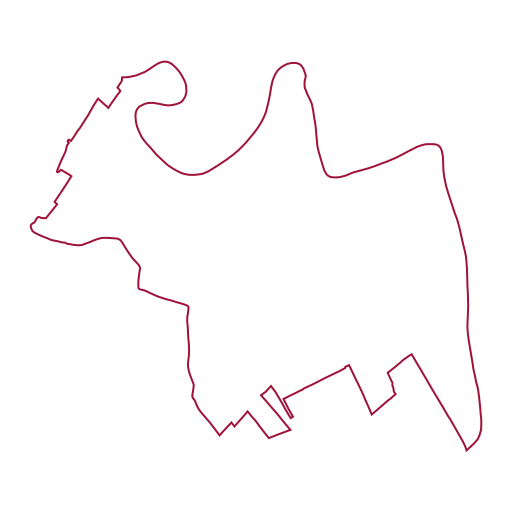 outline of Yen Khanh, Ninh Bình, Vietnam
{"feature_id": "81297802B59755992581592", "entity_name": "Yen Khanh", "entity_type": "district", "adm_level": 2, "iso_a3": "VNM", "parent_name": "Vietnam", "parent_adm1": "Ninh Bình", "projection": "natural_earth1", "projection_center": [106.072, 20.189], "detail": "fine", "context": "isolated", "style": "outline", "palette": "rose", "viewbox_px": 512, "rotation_deg": 0, "n_neighbors": 0, "source": "geoboundaries", "source_scale": "gbopen_adm2", "svg_char_len": 5978}
<svg xmlns="http://www.w3.org/2000/svg" viewBox="0 0 512 512"><path d="M33.7,232.1L36.4,233.6L39.8,235.2L42.5,236.4L45.4,237.5L47.7,238.4L50.8,239.8L53.4,240.5L55.4,240.8L58.2,241.4L62.0,242.4L64.8,242.6L67.0,243.7L70.8,244.3L72.4,244.7L77.1,245.2L78.4,245.3L81.3,245.1L82.6,244.8L84.5,244.0L89.6,242.2L93.7,240.4L96.5,239.4L98.7,238.7L101.4,238.0L103.2,237.9L107.1,237.8L112.3,238.2L116.6,238.5L117.7,238.7L118.7,239.2L119.8,239.7L120.4,240.2L121.5,241.5L123.3,244.2L125.4,247.8L128.1,251.9L131.5,256.9L134.0,259.9L138.3,264.5L138.9,265.1L139.4,266.0L139.6,266.6L139.9,267.6L140.0,268.3L139.9,269.3L139.3,273.0L138.6,278.8L138.3,283.4L138.3,285.1L138.4,287.6L138.6,288.2L139.0,288.8L139.5,289.2L139.8,289.3L142.3,289.9L143.7,290.2L145.0,290.6L147.3,291.6L150.4,293.2L155.4,295.4L158.2,296.6L161.5,297.7L163.7,298.4L166.6,299.3L170.3,300.2L174.1,301.4L184.5,304.5L186.0,305.1L187.2,305.7L187.9,306.1L188.2,306.5L188.4,307.0L188.4,307.5L188.5,308.4L188.1,311.8L187.5,315.8L187.3,316.5L187.3,317.3L187.2,320.2L187.3,322.9L187.8,327.6L188.0,333.3L188.4,339.2L188.9,344.6L189.0,346.6L189.1,351.5L189.0,353.0L188.9,355.3L188.0,363.2L188.0,364.3L188.0,365.2L188.2,367.8L189.0,371.7L189.5,373.2L190.0,374.8L192.8,382.2L193.5,383.8L193.6,384.4L193.7,385.0L193.7,385.7L193.4,388.5L192.3,395.5L192.4,396.7L192.9,398.0L193.3,398.6L194.3,399.9L194.9,400.6L195.1,401.1L195.3,401.6L196.4,404.5L197.6,407.1L198.5,408.7L199.6,410.3L200.6,411.8L203.1,414.7L206.8,419.0L209.5,422.1L215.5,429.9L219.6,435.4L221.2,433.5L223.2,431.3L231.5,422.5L234.4,426.5L237.7,422.8L239.1,421.2L240.3,419.8L244.9,414.7L247.6,411.4L252.4,417.3L254.2,419.3L256.3,421.7L259.7,426.5L268.8,438.1L275.5,435.5L284.1,432.2L290.4,429.9L287.7,426.7L282.5,420.5L277.6,414.3L272.0,407.9L266.7,401.7L261.0,395.2L263.6,393.3L265.5,392.0L271.0,386.0L275.6,392.2L282.1,403.2L284.8,408.3L290.6,418.1L293.0,416.7L288.7,409.3L283.5,399.0L288.4,396.5L289.4,396.0L295.8,392.9L299.8,390.8L302.4,389.7L303.6,388.6L313.4,384.0L325.5,377.8L330.5,375.4L336.5,372.5L339.7,371.0L345.0,368.1L345.2,367.8L345.4,367.5L345.3,366.9L349.0,365.1L350.4,367.9L355.4,378.4L360.7,389.2L363.2,394.7L365.3,399.8L368.7,407.3L371.7,414.5L378.8,408.5L387.6,400.8L390.1,398.9L391.8,397.5L394.1,395.4L395.6,394.1L394.0,391.8L393.8,391.4L393.4,388.3L393.1,386.9L392.4,385.5L392.3,385.2L392.5,382.9L390.3,378.6L387.7,372.7L391.1,370.1L396.0,366.2L400.2,362.7L401.8,361.1L403.0,360.1L406.7,357.5L409.1,355.8L411.7,354.3L419.2,367.1L425.3,377.4L431.0,387.3L442.6,406.7L447.9,415.8L450.1,419.1L455.4,428.3L462.8,441.4L465.0,445.9L465.8,448.0L466.5,450.4L469.2,448.0L474.4,443.1L476.6,440.5L477.5,439.5L478.3,438.1L479.5,435.2L480.5,431.8L480.8,430.8L481.2,427.8L481.3,423.9L481.2,418.7L480.6,413.5L480.3,409.1L479.7,402.8L479.0,396.4L478.3,391.0L477.5,386.9L476.1,381.9L475.3,377.4L473.5,369.5L472.4,362.2L471.2,355.1L470.0,347.9L468.8,340.8L467.9,333.9L467.4,327.3L467.5,322.2L467.7,318.4L468.2,305.6L468.0,298.8L467.8,292.1L467.4,285.6L467.3,279.8L466.9,267.5L466.3,260.2L465.9,256.3L465.3,253.2L464.0,247.6L463.2,244.6L461.5,237.1L459.9,229.7L458.3,223.4L456.7,218.1L455.3,214.6L454.6,212.8L452.7,206.9L448.2,193.0L446.1,186.0L444.8,179.9L444.2,176.7L443.6,172.2L443.4,169.4L443.2,164.5L443.1,160.7L442.9,156.8L442.7,155.5L441.9,151.2L441.6,150.4L441.2,149.4L440.8,148.6L440.3,147.4L439.3,146.4L438.0,145.3L437.2,144.9L436.3,144.6L435.0,144.3L433.8,144.2L429.4,144.1L426.3,144.2L424.0,144.6L421.8,145.2L417.5,146.6L406.0,152.5L397.7,156.9L394.7,158.3L386.9,161.6L381.6,163.5L373.4,166.6L368.3,168.3L355.3,171.9L352.8,172.6L346.2,175.4L343.5,176.2L340.7,176.9L338.5,177.3L334.6,177.4L331.6,177.2L330.4,176.9L328.5,176.0L327.4,175.2L326.4,174.0L324.6,171.1L324.1,169.9L323.7,168.6L322.3,164.1L319.1,153.3L318.4,150.4L317.8,148.1L317.5,146.6L316.9,140.9L315.6,126.3L315.0,122.0L314.2,117.9L313.2,110.7L312.0,104.7L311.5,103.0L309.8,99.2L307.2,94.0L305.9,90.4L305.1,88.7L304.7,87.6L304.6,85.4L304.5,83.5L304.8,80.3L305.7,77.1L305.6,74.9L303.4,68.7L301.8,66.3L300.4,64.7L298.4,63.6L296.0,63.0L293.4,62.9L290.8,63.1L287.4,63.9L283.7,65.7L280.8,67.6L277.9,70.2L275.4,73.9L273.9,77.3L272.7,80.3L271.9,83.6L271.1,87.4L270.3,92.6L268.9,99.9L268.0,103.8L266.0,111.8L264.0,116.8L261.4,122.0L258.5,126.8L254.5,132.3L249.3,138.6L245.9,142.7L238.4,150.3L232.8,155.0L226.2,159.9L217.2,165.9L212.6,168.7L208.2,171.4L203.1,173.6L201.0,174.1L195.4,174.8L190.5,174.9L187.1,174.5L184.2,173.9L181.3,173.0L176.6,170.7L172.0,168.0L167.8,165.2L162.8,160.6L156.3,154.5L151.4,148.7L146.4,143.3L143.9,140.2L142.2,137.8L141.1,135.9L138.8,131.0L137.2,127.1L136.5,124.4L135.9,121.5L135.5,117.0L135.5,115.0L135.7,113.2L136.1,111.5L136.7,110.0L137.8,108.3L138.7,107.2L139.8,106.4L141.1,105.7L144.4,104.0L147.6,103.1L150.4,102.9L153.1,102.9L159.1,103.8L162.6,104.6L165.5,105.1L168.2,105.4L171.0,105.2L175.0,104.5L177.8,103.6L180.9,102.3L182.1,101.1L183.2,99.8L183.9,98.7L184.4,97.9L184.9,97.0L185.5,95.6L186.0,93.7L186.4,92.2L186.4,91.0L186.3,89.2L186.2,87.8L186.0,85.4L185.6,83.6L185.3,82.8L184.3,80.3L181.9,75.7L179.9,72.5L179.0,71.3L175.5,67.3L172.2,64.3L169.0,62.4L165.9,61.6L162.5,61.8L159.0,63.0L155.6,64.9L152.2,67.2L148.9,69.5L144.9,71.9L140.3,73.8L136.3,75.4L131.5,76.5L127.0,77.2L122.0,77.4L121.9,79.2L121.9,80.3L121.5,81.4L121.0,82.3L120.3,83.2L117.5,87.6L120.3,90.8L120.2,91.2L116.9,95.6L112.6,101.6L108.3,107.9L106.6,106.2L103.9,103.9L99.5,99.9L98.1,98.6L94.1,104.7L92.8,106.9L87.8,115.8L85.4,119.3L84.4,121.0L79.8,128.2L77.3,131.3L74.3,136.1L71.0,140.9L68.5,139.7L67.6,141.5L68.9,142.7L67.0,145.5L65.6,151.3L64.7,153.2L63.2,156.7L62.3,158.2L59.8,163.9L58.0,168.6L57.3,170.1L57.0,171.4L57.1,171.9L57.7,172.3L58.3,172.2L61.0,169.8L69.6,174.9L71.4,176.2L67.0,183.2L54.6,201.9L57.1,204.3L53.3,209.1L46.0,218.1L42.4,218.1L41.0,217.8L39.6,217.2L38.4,217.0L37.9,217.2L37.2,217.9L36.7,218.5L36.0,219.6L35.5,220.5L35.1,221.4L34.4,222.4L33.5,223.0L32.7,223.3L31.3,224.4L30.7,225.8L30.8,226.7L31.2,228.3L31.8,229.7L32.5,231.0L33.7,232.1Z" fill="none" stroke="#9f1239" stroke-width="2"/></svg>